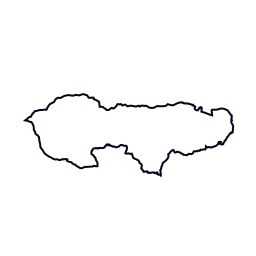 outline of Runcu, Dâmbovita, Romania, rotated 298°
{"feature_id": "2599482B4208961659821", "entity_name": "Runcu", "entity_type": "district", "adm_level": 2, "iso_a3": "ROU", "parent_name": "Romania", "parent_adm1": "Dâmbovita", "projection": "orthographic", "projection_center": [25.346, 45.222], "detail": "fine", "context": "isolated", "style": "outline", "palette": "ink", "viewbox_px": 256, "rotation_deg": 298, "n_neighbors": 0, "source": "geoboundaries", "source_scale": "gbopen_adm2", "svg_char_len": 5887}
<svg xmlns="http://www.w3.org/2000/svg" viewBox="0 0 256 256"><g transform="rotate(298 128 128)"><path d="M187.9,213.5L188.0,212.2L190.3,207.9L190.2,205.1L189.8,203.1L188.9,201.0L185.9,197.8L183.6,193.7L182.9,193.5L178.7,196.3L178.1,193.2L177.7,189.5L176.9,185.1L180.0,183.9L180.5,183.4L180.1,183.0L180.7,182.8L180.7,182.6L180.1,182.0L179.4,181.5L178.7,181.6L178.0,181.4L177.8,181.5L177.2,181.3L176.6,181.5L175.7,180.1L175.9,178.9L176.5,177.6L178.4,177.4L178.5,175.5L179.0,174.7L178.3,174.4L178.5,172.2L178.2,171.5L178.0,171.2L177.9,170.5L178.0,169.8L177.2,168.5L177.0,168.1L177.1,167.7L176.1,166.2L176.2,165.7L175.9,165.1L175.8,164.2L176.1,164.0L175.1,162.0L172.8,159.8L169.2,157.1L168.5,155.6L167.6,151.8L165.6,151.2L164.6,150.3L162.5,146.6L161.8,145.2L161.6,144.1L160.6,143.2L160.3,142.8L158.6,141.9L158.2,141.6L158.0,141.0L157.1,140.1L156.9,139.7L156.5,138.6L156.3,138.2L156.0,137.0L156.0,136.3L156.2,135.3L156.2,134.0L156.1,133.3L155.2,132.2L155.0,131.9L155.0,131.1L154.3,130.0L153.9,129.1L152.5,128.4L152.4,127.9L152.7,127.2L152.7,126.9L150.8,125.1L150.5,124.3L150.1,123.6L149.9,122.3L149.1,120.4L148.9,119.7L147.0,117.6L147.2,115.5L147.3,115.1L147.3,114.5L146.7,113.8L145.3,112.6L145.6,111.4L145.8,111.0L145.8,110.6L144.9,109.6L144.4,107.9L144.0,107.5L143.4,107.3L142.6,107.5L141.8,107.4L140.8,107.0L140.0,106.9L138.4,106.0L138.2,105.5L138.3,104.6L138.1,104.2L137.9,103.9L135.3,102.8L134.3,101.6L133.8,100.3L134.3,99.5L134.3,98.7L134.7,96.0L134.2,94.1L133.6,93.4L133.4,93.1L136.9,90.6L137.6,89.9L137.7,86.1L137.4,84.2L138.3,83.7L138.6,83.3L138.1,82.7L137.9,81.7L136.9,80.5L136.4,79.5L136.5,78.7L137.4,77.0L137.6,76.4L137.6,75.9L137.3,74.9L137.2,73.6L136.9,72.6L134.5,70.0L134.0,69.8L133.1,67.6L132.8,66.3L131.1,64.8L130.6,64.0L129.8,62.0L129.3,60.3L129.1,59.9L126.4,56.7L124.1,55.1L122.9,54.4L122.6,54.0L122.2,52.6L121.6,51.8L120.1,50.9L118.7,50.5L116.1,50.5L114.4,49.1L113.7,48.8L112.9,48.1L112.3,47.8L110.2,47.4L108.4,47.3L106.3,47.5L105.8,47.4L105.6,47.2L105.3,45.9L103.5,43.7L102.9,42.2L102.2,41.5L101.9,40.9L101.1,40.2L100.4,39.6L99.6,38.4L99.1,37.8L97.9,37.7L95.7,37.0L93.4,36.9L92.5,37.0L91.0,35.5L88.6,34.7L87.2,33.9L86.4,33.6L87.2,36.0L87.4,38.7L87.9,39.7L87.8,40.0L87.2,41.3L85.5,43.6L84.3,44.5L83.2,45.1L82.0,46.0L81.6,46.4L81.1,47.8L79.5,48.9L79.3,49.5L79.1,51.9L78.6,52.8L78.2,53.7L76.7,54.6L73.9,56.7L72.6,58.0L70.7,59.1L69.6,60.2L68.5,62.7L66.8,65.6L66.3,66.8L66.0,68.6L65.7,71.1L65.8,74.7L65.7,76.5L65.9,78.3L67.1,80.0L67.2,81.3L67.6,82.8L68.2,83.5L69.8,84.7L69.9,85.7L71.1,87.1L71.6,88.1L71.8,88.9L71.7,89.3L70.6,89.3L70.4,89.4L70.5,92.0L71.2,94.3L71.0,94.7L70.6,95.4L70.5,97.8L70.9,98.9L70.5,99.7L70.3,100.3L70.3,103.3L70.1,104.2L70.1,104.5L70.9,106.2L73.5,108.2L74.0,109.5L75.0,110.9L75.4,111.8L76.0,112.4L77.0,114.3L77.6,115.0L78.4,115.4L78.6,115.9L78.7,116.6L79.8,118.9L79.9,119.0L81.3,118.3L83.1,117.2L83.4,116.8L83.6,116.3L85.0,114.4L86.2,113.4L86.7,112.4L86.8,111.4L87.3,110.8L87.7,109.9L87.8,109.5L87.7,108.7L87.9,108.1L88.3,107.6L89.6,107.0L90.4,107.0L90.7,106.7L90.9,106.9L91.3,107.0L92.0,107.0L92.4,106.8L92.7,107.0L93.7,107.1L94.1,107.6L94.3,108.1L94.8,108.7L95.0,109.2L95.3,109.2L95.4,109.6L95.7,110.1L95.6,110.9L95.9,111.2L96.3,111.2L96.4,111.8L96.5,112.0L97.0,112.1L97.2,112.4L97.7,113.8L98.6,115.4L99.4,115.9L99.6,116.3L99.9,116.5L100.7,116.3L101.2,116.3L102.3,116.9L102.9,116.8L103.2,117.1L103.9,117.3L103.9,117.6L103.5,118.4L103.4,118.8L103.7,119.1L104.5,119.1L104.7,119.4L104.7,119.7L104.2,120.4L104.1,120.6L104.2,121.1L104.6,122.0L104.3,123.1L104.5,123.6L105.2,124.2L105.3,126.3L105.5,126.8L107.2,128.5L109.5,129.5L110.1,130.4L110.2,131.1L110.4,131.5L110.3,132.8L111.0,133.6L111.2,134.5L111.5,135.0L110.4,136.2L108.3,137.1L105.8,137.2L104.4,137.6L104.5,138.3L104.7,138.9L105.8,140.3L106.4,142.7L107.1,143.4L105.1,145.6L104.1,146.7L104.0,147.5L104.1,148.1L104.1,149.0L104.3,149.6L104.2,150.9L104.3,152.3L103.2,154.2L102.4,154.7L102.4,156.7L102.2,157.1L101.8,157.5L99.7,158.5L98.9,158.5L98.3,158.8L98.3,159.0L98.3,159.7L97.7,160.5L97.7,160.9L97.4,161.2L97.3,161.5L96.8,162.0L96.7,162.4L96.8,162.7L97.5,163.3L97.9,164.2L98.0,164.7L98.3,165.0L98.7,165.2L98.5,165.9L98.5,166.8L97.9,166.7L97.9,166.9L98.4,168.0L98.5,168.6L100.1,170.0L100.4,170.7L100.7,171.4L100.5,172.0L100.7,172.4L101.1,172.5L100.9,173.3L101.0,173.7L101.7,173.9L102.5,174.7L101.8,175.6L101.1,175.7L101.1,177.0L101.5,177.5L101.8,178.4L101.5,179.2L101.9,179.1L105.4,176.7L105.9,176.2L107.1,176.5L109.5,175.7L111.3,175.6L113.4,175.1L114.6,175.7L115.8,176.2L116.3,176.5L119.4,177.3L120.8,177.3L121.8,177.1L123.9,175.8L125.3,176.6L126.0,176.5L126.8,176.7L129.2,177.5L129.7,178.3L129.9,178.6L129.3,179.1L129.1,179.6L128.6,180.1L128.5,180.9L128.6,181.4L129.0,181.8L130.2,182.5L130.3,183.5L130.8,184.8L130.8,185.7L130.7,186.0L130.7,186.3L130.4,187.1L130.8,188.0L130.4,189.6L130.9,190.6L131.5,192.6L131.9,193.0L132.9,193.3L133.6,193.8L134.0,194.3L134.6,196.1L135.5,196.7L135.8,197.1L137.9,197.0L138.2,197.1L138.8,197.7L139.0,198.2L138.9,198.4L139.4,198.8L139.7,199.2L139.8,199.6L140.1,200.3L140.3,200.4L140.8,200.5L141.2,200.9L141.3,201.1L141.5,202.0L142.3,202.3L142.7,202.1L142.9,202.2L143.4,203.2L144.9,205.4L145.3,206.2L146.1,206.3L146.4,206.1L147.5,206.0L148.4,205.5L148.1,207.2L148.8,207.8L149.2,208.4L149.3,209.5L150.0,210.3L150.1,211.1L150.9,211.8L151.6,212.0L152.1,212.9L152.5,213.3L154.5,214.6L156.4,215.1L157.2,215.1L157.4,214.7L158.1,214.7L158.4,215.2L159.3,216.1L159.2,216.8L157.2,216.9L157.4,218.5L157.8,218.8L157.9,219.0L158.2,219.3L158.3,219.1L161.3,219.7L162.1,219.3L163.1,219.9L163.8,220.0L164.8,219.9L167.1,220.0L167.6,220.2L170.7,220.6L171.6,220.9L171.6,221.3L172.7,221.3L173.0,222.4L173.9,222.3L177.2,220.7L178.5,220.3L179.3,219.7L180.1,218.7L180.3,218.5L180.4,218.1L181.3,216.8L182.2,216.1L182.9,215.9L183.4,216.2L183.6,215.8L183.5,215.6L183.8,215.2L184.2,215.1L184.8,215.3L186.7,214.1L187.2,214.1L187.9,213.5Z" fill="none" stroke="#020617" stroke-width="2"/></g></svg>